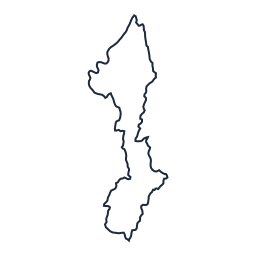 Iapu, Minas Gerais, Brazil
{"feature_id": "56859067B51020861012983", "entity_name": "Iapu", "entity_type": "district", "adm_level": 2, "iso_a3": "BRA", "parent_name": "Brazil", "parent_adm1": "Minas Gerais", "projection": "equal_earth", "projection_center": [-42.243, -19.351], "detail": "fine", "context": "isolated", "style": "outline", "palette": "slate", "viewbox_px": 256, "rotation_deg": 0, "n_neighbors": 0, "source": "geoboundaries", "source_scale": "gbopen_adm2", "svg_char_len": 3787}
<svg xmlns="http://www.w3.org/2000/svg" viewBox="0 0 256 256"><path d="M89.0,80.9L88.8,83.4L89.3,85.8L90.4,87.7L91.9,89.3L93.0,90.5L94.2,92.4L96.0,93.3L98.2,94.1L100.1,94.3L102.4,94.9L104.1,96.3L105.3,97.9L106.8,96.9L107.8,95.2L109.4,93.8L110.8,93.3L111.5,95.3L112.5,97.3L113.4,99.3L114.1,102.1L114.8,104.0L115.7,105.9L117.2,106.9L119.3,107.7L119.9,109.9L120.5,111.8L120.7,113.6L120.5,115.4L120.1,117.9L119.0,120.4L117.6,120.8L116.4,121.5L115.7,123.0L115.5,124.6L115.2,126.3L114.9,128.4L115.1,130.5L116.5,130.5L118.7,129.9L120.6,131.2L122.4,130.8L124.3,131.2L124.0,133.9L123.5,135.3L123.2,137.1L123.0,139.1L123.7,141.2L123.4,143.3L122.9,145.8L121.8,147.2L122.7,148.4L124.3,149.2L125.1,150.7L125.9,153.1L126.3,155.8L126.0,158.0L126.0,159.9L126.7,161.8L127.5,163.7L127.7,166.8L128.8,168.5L129.1,170.1L128.4,172.6L128.2,175.0L129.2,176.0L130.5,177.0L130.1,178.8L128.4,179.2L126.9,178.8L125.7,178.0L124.4,177.5L122.7,178.5L120.5,178.8L118.9,180.5L117.9,182.3L116.0,183.1L116.4,186.1L115.5,188.3L114.3,189.2L112.8,189.8L111.1,190.7L109.9,193.1L109.4,194.8L108.6,196.2L107.8,198.1L107.4,200.7L105.8,202.5L104.2,204.0L103.9,205.8L105.7,206.1L107.2,206.0L108.5,206.2L109.9,207.3L109.4,209.2L108.2,210.6L107.9,213.1L107.6,215.2L106.8,217.0L106.2,219.4L106.6,222.0L105.0,224.4L105.9,227.3L107.7,228.9L109.0,230.2L110.0,231.1L111.4,231.9L112.9,232.5L114.5,232.7L115.7,232.8L117.1,233.1L119.4,233.2L121.5,232.8L123.8,232.7L124.8,234.8L125.2,236.8L125.9,238.5L127.5,239.3L128.9,240.6L129.3,239.0L130.3,237.9L131.2,235.4L131.5,232.8L132.2,230.3L133.7,230.1L135.5,229.9L136.7,228.3L137.0,225.9L137.3,223.4L138.6,221.8L139.8,221.0L140.1,219.2L140.1,217.2L141.2,215.4L142.7,213.9L142.4,211.3L142.0,209.7L141.2,208.2L141.2,206.2L142.8,204.8L144.6,205.0L146.4,204.9L147.5,204.2L148.1,202.6L148.4,200.1L148.7,198.3L148.7,196.5L149.7,194.6L150.5,193.3L151.9,192.1L153.1,189.7L154.5,190.0L155.3,188.8L156.6,188.4L158.1,189.1L159.4,187.5L160.6,186.0L162.1,184.8L163.4,183.4L163.4,181.0L164.1,178.7L166.1,178.5L167.4,177.5L166.9,175.5L165.9,174.0L164.6,174.0L163.0,173.2L161.3,172.2L160.3,171.3L159.2,170.2L157.8,170.9L156.6,171.5L154.2,171.2L152.3,169.6L151.2,168.1L150.6,166.1L150.6,163.7L150.9,161.2L150.8,159.2L150.0,157.2L148.7,155.0L148.4,152.9L148.9,150.8L149.8,149.1L150.1,147.5L149.0,146.5L147.9,145.6L147.2,143.7L146.1,142.0L146.2,140.1L147.2,138.8L147.9,137.1L145.8,137.6L143.8,138.6L142.3,140.3L141.0,141.1L139.1,141.2L137.1,141.3L135.4,140.9L135.6,138.5L136.9,136.8L137.5,135.1L137.9,133.4L138.8,130.8L140.2,128.5L138.4,126.6L138.8,124.6L140.9,123.4L142.0,121.7L142.0,119.5L140.2,118.7L140.5,115.7L142.0,113.9L143.8,112.3L144.7,110.4L143.8,108.7L143.3,106.6L144.1,104.1L145.0,102.1L146.0,100.1L145.9,97.9L144.2,96.1L144.6,94.2L145.5,93.2L146.3,91.7L146.1,88.7L146.5,86.5L147.8,85.1L149.2,83.7L150.4,82.8L152.2,81.7L153.7,79.6L154.8,78.3L155.9,77.5L155.7,75.3L156.0,73.3L154.5,72.2L153.2,71.1L153.0,69.5L152.9,67.7L152.4,65.8L152.5,63.0L151.0,61.6L149.7,59.1L149.4,55.7L148.9,52.5L148.3,49.5L147.9,46.8L146.4,45.5L146.1,42.7L145.7,40.4L145.4,38.3L145.1,36.5L145.1,34.3L144.9,32.1L143.9,30.1L143.8,27.6L143.5,25.5L142.6,24.3L141.3,24.7L140.2,25.5L138.9,25.8L137.6,24.3L136.1,22.5L136.8,20.0L136.1,17.9L135.7,16.3L134.2,15.4L132.4,17.7L131.1,20.4L130.3,22.4L129.6,24.2L128.5,26.2L127.4,28.2L126.8,30.1L125.5,32.4L124.2,33.7L123.2,35.1L122.1,36.7L121.0,38.2L119.5,39.8L118.0,41.7L116.9,42.8L115.7,43.8L114.2,45.0L112.7,46.0L110.8,47.2L109.2,48.8L107.8,51.1L107.2,52.6L107.4,54.5L107.8,56.3L108.6,58.2L108.5,60.6L107.6,62.4L106.3,63.5L104.6,63.6L102.9,62.9L100.8,62.1L98.7,62.1L97.4,62.7L96.9,64.7L96.9,66.5L97.7,68.2L98.5,70.2L98.0,72.4L96.2,73.2L94.4,72.3L92.2,71.2L90.7,70.7L89.3,71.5L88.6,73.1L89.0,74.8L89.8,76.4L90.4,78.1L89.9,79.7L89.0,80.9Z" fill="none" stroke="#1e293b" stroke-width="2"/></svg>